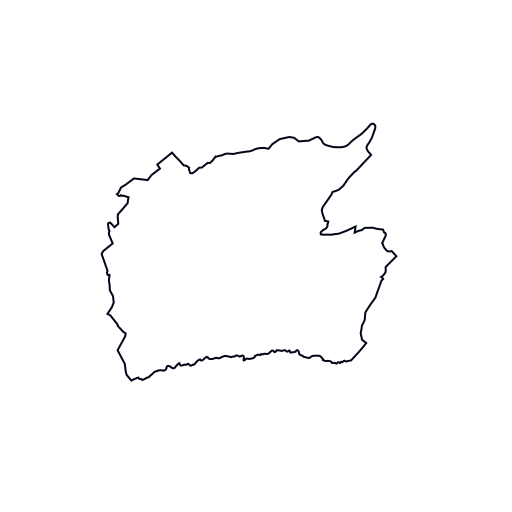 outline of Otmah, Dhamar, Yemen, rotated 228°
{"feature_id": "15242507B73585871072840", "entity_name": "Otmah", "entity_type": "district", "adm_level": 2, "iso_a3": "YEM", "parent_name": "Yemen", "parent_adm1": "Dhamar", "projection": "equal_earth", "projection_center": [43.928, 14.474], "detail": "fine", "context": "isolated", "style": "outline", "palette": "ink", "viewbox_px": 512, "rotation_deg": 228, "n_neighbors": 0, "source": "geoboundaries", "source_scale": "gbopen_adm2", "svg_char_len": 6125}
<svg xmlns="http://www.w3.org/2000/svg" viewBox="0 0 512 512"><g transform="rotate(228 256 256)"><path d="M356.9,292.2L356.7,291.3L356.0,287.4L356.0,285.9L355.9,284.0L357.5,282.5L357.5,281.6L357.7,280.4L357.8,278.7L357.9,275.1L359.6,272.9L359.6,267.7L359.8,265.3L360.0,264.1L361.0,263.0L361.7,262.6L365.3,264.2L366.5,265.4L369.7,264.6L371.8,262.9L377.7,263.0L383.8,262.7L389.0,262.8L390.0,243.8L385.2,243.1L386.1,232.6L384.9,226.3L395.3,217.2L396.3,206.2L396.9,203.4L397.2,201.5L395.0,196.0L395.0,194.0L392.9,194.2L392.3,194.3L392.0,194.7L391.8,195.3L391.7,196.1L390.8,196.2L389.5,197.9L386.0,199.9L385.0,200.6L383.3,198.4L381.2,196.0L380.6,191.7L380.0,187.0L379.4,181.5L378.2,179.9L372.1,175.2L372.1,170.1L376.0,170.1L378.4,170.0L379.3,168.1L378.1,166.9L374.8,164.6L372.5,163.7L372.3,163.1L372.1,162.6L370.2,161.0L361.2,157.9L361.9,145.8L360.8,142.6L356.4,140.8L344.3,135.7L343.3,134.0L341.3,133.1L340.9,133.1L340.1,134.4L339.2,133.9L337.5,131.6L336.1,130.2L333.1,128.3L328.2,124.4L321.9,122.9L316.7,119.2L314.4,114.7L314.0,113.2L312.4,106.9L309.2,108.0L297.7,107.3L296.6,106.5L288.5,106.6L285.7,107.4L283.9,105.2L278.6,90.1L267.5,87.3L263.8,86.4L257.4,82.0L254.4,80.3L249.1,80.1L246.9,80.0L246.6,81.3L246.0,83.0L245.3,85.0L244.9,86.3L244.2,87.3L243.6,87.1L242.8,87.0L242.3,87.4L241.6,88.3L241.1,88.4L240.1,88.5L239.8,88.8L239.3,90.4L239.0,91.5L238.5,93.6L238.1,94.4L237.8,94.9L237.6,96.0L237.8,96.9L237.9,97.7L237.7,98.6L237.7,99.0L237.8,101.1L237.8,102.4L237.7,103.4L237.3,104.4L236.5,105.6L236.5,106.3L236.4,106.9L235.4,108.0L234.7,109.0L233.3,110.1L232.4,110.9L232.1,111.7L232.1,112.6L232.1,113.7L232.5,114.3L233.2,115.1L233.5,116.3L233.1,117.2L232.4,117.7L231.1,118.3L229.8,118.5L228.3,119.1L227.7,119.5L227.4,120.3L227.3,121.1L227.5,121.7L227.9,124.6L227.9,127.1L227.6,127.4L227.0,126.9L226.2,126.7L225.1,126.7L224.7,127.1L224.1,127.9L223.6,129.0L223.3,130.0L222.7,130.6L222.0,131.1L221.7,131.8L221.5,133.0L221.1,133.6L220.2,133.7L219.3,133.7L218.4,133.9L217.9,134.4L217.7,135.1L217.6,136.1L217.0,136.8L216.7,137.5L216.8,138.4L217.0,138.9L217.0,140.4L217.2,141.4L217.2,143.0L216.9,144.3L216.6,145.2L215.8,145.1L215.4,145.1L214.7,145.7L214.4,146.5L214.3,147.5L214.3,148.5L214.4,149.6L214.0,151.9L213.0,152.4L212.1,152.2L211.1,152.4L210.2,152.8L209.5,153.6L208.8,154.5L208.3,155.4L207.9,156.5L207.4,157.4L207.1,158.2L206.6,158.6L205.3,159.4L204.3,160.8L204.0,161.6L204.0,162.7L203.5,164.1L203.1,164.6L202.6,165.9L202.3,166.5L201.7,166.8L200.7,167.6L199.6,168.4L198.9,168.9L198.3,169.4L197.5,169.7L197.3,170.3L196.9,171.2L196.5,171.9L196.0,172.4L195.5,173.1L195.5,174.0L195.4,174.8L193.4,176.2L192.1,176.6L192.0,176.8L191.8,177.7L191.4,178.7L191.0,179.3L190.4,179.7L189.8,179.7L189.1,179.4L188.5,179.0L188.0,178.3L187.4,177.5L186.8,177.0L186.5,177.0L186.4,177.7L186.2,178.3L186.2,180.0L185.8,180.5L185.1,181.3L184.1,182.0L183.3,183.0L183.0,183.8L182.4,184.8L181.9,185.8L181.8,186.8L181.8,187.6L182.4,188.3L182.3,188.7L181.4,191.3L180.6,192.2L179.7,192.7L179.4,193.3L179.7,194.2L179.5,194.4L178.9,194.7L178.4,195.1L178.3,195.9L177.7,196.8L176.9,197.7L175.8,198.6L175.1,200.2L175.1,203.6L175.1,204.4L174.4,205.2L173.7,205.5L173.1,205.4L172.7,205.4L172.2,205.4L171.8,206.0L171.8,207.0L172.0,208.6L171.7,208.7L170.9,209.4L170.3,210.1L169.8,210.5L169.4,210.7L168.8,211.2L168.2,211.7L167.8,212.3L167.5,213.0L166.9,214.3L166.6,214.6L164.5,214.9L164.1,215.2L163.9,215.6L163.7,216.3L163.6,217.0L163.6,217.4L163.4,217.6L163.2,217.6L162.9,217.3L162.4,217.1L162.1,217.2L161.7,217.1L161.0,217.1L160.8,217.7L160.4,218.1L160.0,218.6L159.5,219.4L159.1,220.2L158.7,220.7L158.5,221.1L158.4,221.5L158.5,221.7L158.8,222.5L158.7,223.1L158.5,223.6L157.8,223.9L157.1,223.9L156.4,223.8L155.0,223.0L153.8,222.6L153.1,222.6L152.5,222.9L151.7,223.3L150.1,224.0L149.7,223.9L149.2,224.0L148.4,224.5L147.5,225.1L145.1,226.8L144.5,227.7L144.3,228.2L144.3,229.2L144.3,230.0L143.8,231.3L142.2,233.4L141.2,234.4L139.8,236.0L139.0,236.6L136.4,236.9L135.5,236.7L134.6,236.9L134.3,236.7L134.1,236.2L133.5,236.1L133.2,236.6L132.7,236.8L132.1,237.0L131.8,237.2L130.9,237.9L130.6,238.2L129.9,239.4L128.5,240.5L127.7,240.9L127.1,241.1L126.5,241.0L126.0,240.9L125.7,241.1L125.2,241.4L124.5,242.3L124.0,243.0L122.2,243.7L122.1,243.9L122.1,244.4L122.2,244.6L122.2,245.2L122.3,245.6L122.2,246.0L120.7,246.5L120.3,246.8L120.3,247.1L120.3,247.3L120.4,247.7L120.5,248.1L120.4,248.4L119.4,248.9L119.4,250.6L119.1,251.6L117.5,252.2L114.8,256.8L115.8,267.5L116.7,274.7L117.6,279.7L122.8,278.8L128.6,282.1L130.5,284.7L133.4,288.2L134.2,290.1L134.8,292.0L135.9,294.2L140.9,299.5L143.2,307.9L144.0,311.5L145.1,316.8L147.7,321.4L150.7,327.2L153.8,332.8L153.8,335.1L156.1,335.4L156.7,335.1L156.5,336.9L156.6,338.5L157.2,341.2L158.4,342.7L161.1,345.0L161.9,360.2L168.9,360.1L170.0,358.3L171.2,357.2L172.2,356.8L175.9,356.8L178.2,357.4L180.3,358.3L181.1,358.3L184.4,366.2L186.2,367.5L188.0,367.0L190.6,368.1L192.4,366.5L195.8,363.6L198.7,361.9L204.2,355.5L204.4,352.1L206.2,348.8L207.3,345.0L211.3,349.7L212.5,345.6L214.4,339.5L216.6,334.0L217.3,332.2L219.6,329.2L221.0,326.7L224.9,322.5L225.8,321.3L228.7,318.6L230.2,319.8L230.4,320.7L230.4,323.3L230.2,324.3L229.8,325.2L229.7,325.9L229.7,326.8L230.0,328.2L230.7,329.5L231.8,330.3L232.4,331.7L233.3,332.8L236.1,330.7L237.3,331.4L243.2,333.8L246.2,335.7L247.7,338.4L249.5,346.1L251.2,353.2L252.4,355.8L251.1,358.4L249.8,362.0L249.8,363.8L249.8,368.0L251.6,375.1L252.1,378.7L252.6,385.2L252.3,387.2L254.1,409.2L258.8,409.3L261.1,409.8L262.9,410.8L263.7,412.4L264.6,416.2L266.4,421.4L271.1,430.0L272.3,431.2L273.1,431.9L274.6,432.0L276.2,431.3L276.8,430.5L277.1,429.2L276.4,423.3L276.1,416.6L277.2,405.9L277.2,402.3L277.0,400.1L277.3,397.3L278.0,395.1L278.9,393.5L280.2,391.6L284.8,386.7L288.0,384.4L292.0,382.0L294.4,381.4L295.3,381.4L298.0,382.2L300.7,382.3L303.0,381.8L304.1,380.2L306.3,372.6L312.5,364.5L318.4,363.4L322.2,360.3L327.0,351.9L328.2,342.9L327.3,337.2L328.1,336.4L330.9,334.4L334.4,330.0L336.0,326.8L336.7,324.3L338.1,321.2L339.4,319.5L344.2,312.3L346.9,307.6L348.4,306.0L350.8,303.8L352.2,302.0L353.0,300.0L353.6,298.1L355.1,295.5L356.8,292.2L356.9,292.2Z" fill="none" stroke="#020617" stroke-width="2"/></g></svg>